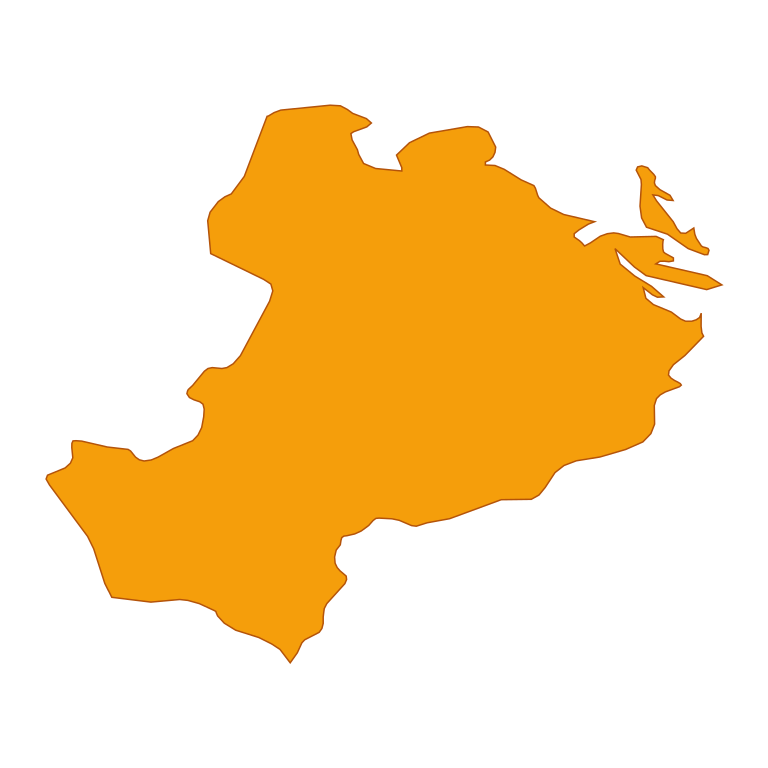 the County of Uppsala
{"feature_id": "SWE-195", "entity_name": "Uppsala", "entity_type": "County", "adm_level": 1, "iso_a3": "SWE", "parent_name": "Sweden", "parent_adm1": "", "projection": "equal_earth", "projection_center": [17.867, 60.017], "detail": "fine", "context": "isolated", "style": "filled", "palette": "amber", "viewbox_px": 768, "rotation_deg": 0, "n_neighbors": 0, "source": "natural_earth", "source_scale": "10m", "svg_char_len": 3324}
<svg xmlns="http://www.w3.org/2000/svg" viewBox="0 0 768 768"><path d="M267.1,116.3L268.4,116.0L274.1,112.6L280.8,110.1L330.1,105.2L340.4,105.8L347.4,109.5L352.7,113.4L366.4,118.6L371.4,123.0L366.8,126.9L353.7,131.7L350.9,133.6L352.1,139.9L357.4,149.7L358.7,154.4L363.6,163.5L375.6,168.5L401.8,171.0L401.8,167.7L396.5,155.1L409.5,142.7L429.4,133.1L467.3,126.6L478.5,127.0L488.1,132.0L495.7,147.1L495.0,152.4L492.9,156.9L489.6,160.1L485.4,162.0L485.4,165.0L495.0,165.5L504.2,169.3L521.2,179.9L533.9,185.6L535.4,188.2L537.7,195.4L538.9,197.8L550.6,208.1L563.7,214.5L594.6,221.7L588.4,224.1L579.0,229.9L574.2,233.7L574.2,237.0L579.5,240.7L582.0,243.0L584.6,246.0L590.4,242.9L600.3,236.2L607.3,233.7L613.7,232.9L618.4,233.5L630.3,237.0L656.1,236.4L663.4,239.7L663.0,241.0L662.7,244.6L662.8,248.8L663.5,251.9L665.1,253.3L673.4,257.9L673.4,260.9L668.9,261.7L664.3,261.2L659.9,261.3L655.8,263.9L707.3,275.7L721.9,284.9L706.7,289.6L646.1,275.6L634.4,267.0L615.0,248.6L620.2,264.1L634.7,276.0L651.5,286.3L663.7,296.9L657.4,297.2L652.4,294.8L643.2,287.6L645.9,298.3L653.4,304.6L671.4,312.1L680.6,319.0L685.5,321.2L691.8,321.2L696.2,319.8L699.6,317.5L701.0,313.9L701.2,313.1L701.1,326.4L701.9,332.9L703.6,336.3L684.9,355.5L673.4,364.7L669.0,370.9L668.5,375.1L671.1,378.2L674.6,380.5L677.8,382.1L680.3,383.6L681.3,385.1L679.5,386.7L665.4,391.9L660.3,394.8L656.5,398.6L654.3,405.5L654.6,424.1L650.9,433.6L642.9,441.9L625.6,449.5L599.9,457.0L576.3,460.8L564.0,465.5L555.0,472.6L545.1,487.6L539.0,495.0L531.3,499.3L501.2,499.7L449.6,518.7L427.1,522.8L416.3,526.2L411.6,525.6L399.2,520.3L392.0,518.8L379.0,518.1L375.9,518.4L373.1,520.5L368.7,525.5L361.2,531.0L354.8,533.9L347.0,535.7L343.9,536.1L341.8,537.6L341.0,540.3L340.3,544.8L336.2,550.1L334.6,557.0L335.1,563.2L337.2,567.6L340.0,570.8L346.2,576.1L346.6,579.5L344.9,583.6L326.8,603.6L324.3,608.5L323.8,611.8L323.2,617.0L323.2,623.4L321.9,628.5L319.2,632.3L304.7,639.8L301.9,642.8L297.3,652.8L290.2,662.8L280.0,649.4L271.6,643.9L258.8,637.5L235.7,630.2L224.3,623.2L217.6,615.9L216.3,612.9L215.8,611.4L214.0,610.4L199.3,603.6L187.9,600.4L179.7,599.5L150.9,602.1L111.8,597.3L108.5,590.6L108.4,590.6L104.8,583.4L93.7,548.8L87.6,536.4L49.5,485.0L46.1,479.0L47.5,475.2L65.2,467.9L70.4,463.2L72.8,457.8L71.8,447.5L71.9,443.3L73.0,440.9L76.0,440.7L81.7,441.1L107.2,447.0L128.1,449.4L130.6,451.0L135.5,457.1L139.3,459.8L144.1,461.0L151.1,460.0L157.9,457.2L173.4,448.5L192.7,440.7L198.0,435.1L201.7,427.5L203.7,416.8L204.2,409.1L203.0,404.2L199.8,401.8L193.9,399.8L189.4,397.5L186.9,393.7L187.5,391.1L188.3,389.5L192.7,385.4L204.4,371.2L208.0,368.5L212.2,367.6L221.9,368.5L226.9,367.6L233.2,363.8L240.4,355.7L269.6,301.2L272.8,290.9L270.9,284.1L263.7,279.4L210.7,253.6L207.7,220.7L210.1,212.2L218.3,201.6L224.9,196.8L231.3,193.9L244.3,176.4L267.1,116.3ZM701.4,246.0L703.1,247.0L705.6,247.6L708.0,248.5L709.0,250.3L707.7,254.6L704.4,254.7L688.2,248.6L667.5,234.2L646.5,227.2L641.6,217.9L640.0,206.2L641.4,184.5L641.0,179.5L636.2,170.1L637.6,166.9L641.8,165.9L647.7,167.7L649.5,170.0L653.7,174.3L655.4,176.7L655.4,178.3L654.7,180.4L654.4,182.9L655.4,185.6L660.0,189.7L670.0,195.3L673.1,200.5L667.0,200.0L658.3,195.6L652.9,194.9L656.6,200.9L673.2,221.7L677.0,228.7L680.7,233.0L685.7,233.3L693.8,228.0L694.8,234.2L696.4,238.4L701.4,246.0Z" fill="#f59e0b" stroke="#b45309" stroke-width="1.5"/></svg>